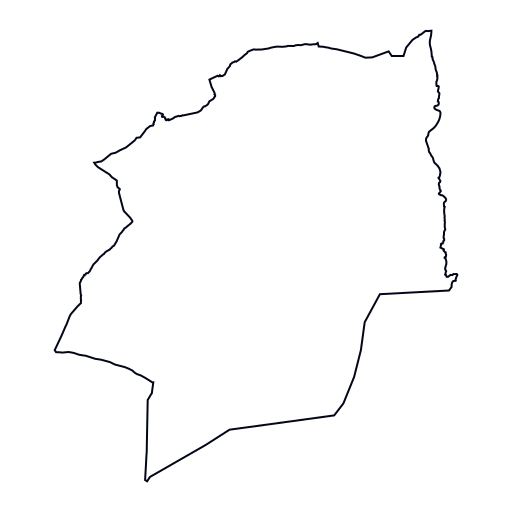 Rømskog nor, Østfold, Norway (Mercator projection)
{"feature_id": "86288312B9110433923998", "entity_name": "Rømskog nor", "entity_type": "district", "adm_level": 2, "iso_a3": "NOR", "parent_name": "Norway", "parent_adm1": "Østfold", "projection": "mercator", "projection_center": [11.789, 59.707], "detail": "fine", "context": "isolated", "style": "outline", "palette": "ink", "viewbox_px": 512, "rotation_deg": 0, "n_neighbors": 0, "source": "geoboundaries", "source_scale": "gbopen_adm2", "svg_char_len": 5936}
<svg xmlns="http://www.w3.org/2000/svg" viewBox="0 0 512 512"><path d="M431.4,30.7L427.9,31.1L425.9,30.9L425.2,31.2L420.8,34.6L420.0,34.9L419.8,34.7L419.3,34.8L418.6,35.7L418.3,36.6L416.2,37.4L412.5,39.9L406.2,47.5L403.5,56.0L391.8,56.0L388.6,51.4L372.2,57.4L365.3,57.7L361.7,56.2L353.9,53.5L336.9,49.3L331.2,48.5L328.2,47.6L325.7,47.3L323.7,46.8L318.7,46.5L317.7,43.0L316.0,44.2L313.2,44.3L310.6,44.7L305.1,44.1L300.8,45.2L298.2,45.0L295.7,45.3L293.8,46.0L287.9,45.9L286.5,46.4L282.6,46.8L277.1,46.6L273.8,47.1L270.4,47.8L268.9,48.4L261.7,49.5L255.7,49.6L253.6,49.4L249.4,51.0L247.8,51.8L246.8,53.4L244.7,54.9L242.5,57.0L238.5,60.1L236.1,61.7L235.0,61.3L233.9,62.1L232.3,62.6L231.5,63.5L230.9,63.8L230.2,64.6L230.1,65.4L229.8,66.2L227.3,69.0L224.9,74.4L222.5,76.0L221.9,75.9L220.9,76.2L220.3,75.5L219.9,75.2L219.1,76.3L218.8,76.4L217.7,75.7L209.4,79.6L211.6,87.0L212.6,88.9L212.9,89.8L213.5,90.7L214.6,93.1L214.7,93.8L214.5,94.4L215.2,95.0L215.0,95.5L215.1,96.4L214.5,96.8L214.1,97.9L213.0,99.1L209.4,101.3L208.1,104.0L207.1,105.0L205.1,106.3L203.9,106.5L203.4,106.9L202.1,108.6L200.9,110.4L197.8,112.3L196.7,112.6L183.4,115.4L182.3,115.3L181.2,116.1L180.3,115.9L179.5,116.2L178.3,115.9L177.4,116.3L174.9,117.0L173.3,118.3L168.9,120.3L168.5,120.2L168.8,119.8L168.5,119.2L167.1,119.5L166.4,120.1L166.1,119.7L165.7,119.8L165.4,119.1L165.3,118.4L165.0,118.2L164.8,117.3L163.4,116.7L162.2,116.9L162.0,116.6L161.9,116.1L162.5,115.7L163.0,114.7L162.5,114.2L162.4,113.9L160.6,113.5L159.5,112.8L158.4,112.8L157.5,112.6L157.3,112.7L154.8,117.4L155.1,118.0L154.9,119.2L155.0,119.8L155.0,120.4L154.0,121.5L154.0,122.4L153.7,122.7L153.4,123.5L153.7,124.1L153.7,124.4L153.1,125.1L153.0,125.5L150.2,126.0L146.1,129.2L145.3,130.6L140.1,137.4L136.5,137.8L135.5,139.4L134.6,140.5L126.1,147.4L119.9,150.3L115.7,152.7L111.1,153.8L104.3,159.4L101.4,161.4L97.7,162.0L95.8,162.6L94.2,162.7L95.3,164.5L97.9,167.1L107.0,172.9L108.4,173.7L109.6,174.6L111.9,177.2L116.8,180.5L116.9,185.3L117.7,187.4L119.7,188.9L119.8,189.6L119.1,190.6L118.9,191.8L119.0,193.0L123.5,210.2L124.1,211.3L129.9,217.4L132.2,220.6L132.4,221.7L130.1,224.1L129.1,224.8L125.6,227.7L124.2,228.6L123.8,229.4L121.6,232.4L119.6,234.4L116.6,241.3L114.0,245.7L112.5,246.5L111.4,248.0L110.4,248.7L109.7,249.6L106.7,251.2L105.0,252.5L104.4,253.3L104.0,254.0L103.1,254.4L99.7,257.4L97.4,260.5L93.5,264.4L92.3,266.4L91.5,268.1L90.9,268.9L90.1,270.6L89.5,271.5L88.0,273.1L86.2,273.3L85.7,273.9L85.5,274.5L84.9,274.7L84.7,275.1L84.4,274.9L84.1,275.0L84.1,275.4L83.6,276.0L83.2,277.1L82.5,277.7L81.5,279.5L81.0,279.9L81.0,280.4L80.5,281.9L80.0,282.4L79.8,283.1L79.8,284.3L80.7,294.4L81.2,295.4L80.8,296.9L80.9,297.5L80.8,298.6L81.0,299.3L80.9,299.8L81.1,300.5L80.9,301.0L81.0,303.0L77.3,306.6L70.7,314.3L69.5,316.7L66.5,324.5L65.3,326.9L61.8,335.1L54.7,350.2L56.1,352.2L59.9,352.3L62.2,352.6L68.7,352.0L70.9,352.4L74.0,353.0L79.3,354.8L85.9,355.8L95.2,358.8L101.1,359.7L110.0,362.1L114.8,364.5L124.8,367.1L129.0,368.8L132.3,370.5L135.1,373.0L137.0,374.1L140.7,375.4L145.6,378.1L152.2,382.3L153.3,382.3L151.8,393.4L151.2,394.1L147.7,400.0L146.7,452.2L146.3,457.4L146.1,462.3L145.1,480.0L147.1,481.3L150.0,476.9L205.6,445.0L229.5,429.7L334.2,415.4L343.4,403.4L354.1,377.0L360.9,350.1L364.7,322.2L379.9,294.2L449.0,290.5L451.6,286.9L451.6,284.7L452.1,282.7L452.8,281.5L453.3,281.1L454.6,280.8L455.2,280.9L455.8,280.6L455.6,279.8L455.6,279.4L455.9,278.7L456.1,277.6L457.2,275.4L457.3,274.6L456.7,274.0L454.8,274.1L453.6,274.0L452.3,275.1L451.1,274.9L450.5,274.9L448.2,276.7L446.9,276.9L446.5,276.6L446.4,276.0L445.7,274.6L445.3,274.8L445.1,274.5L445.7,273.2L445.7,272.1L446.2,271.1L445.3,269.6L445.1,268.4L445.5,267.1L445.5,266.7L446.3,264.1L446.4,261.7L445.9,259.7L445.5,258.7L444.7,258.0L444.6,257.4L444.9,257.1L445.8,256.9L445.9,256.1L446.1,255.5L446.1,254.5L445.6,253.5L445.7,252.4L445.0,252.1L443.7,250.7L443.5,250.2L443.9,249.7L443.9,249.3L440.4,247.6L441.0,245.1L440.9,244.1L441.5,243.5L442.6,243.6L443.2,242.4L443.4,241.1L443.7,240.6L444.1,240.4L444.2,239.4L444.1,238.7L443.7,238.2L443.6,236.4L444.0,234.3L444.0,232.1L444.6,230.5L445.2,229.8L445.1,228.3L444.8,227.6L444.7,224.4L444.9,222.2L444.8,221.1L444.5,220.4L444.7,220.0L444.7,218.7L444.5,217.6L444.7,216.3L444.2,212.9L444.1,210.3L444.3,208.4L444.7,206.9L444.2,206.8L444.0,206.3L444.1,206.0L443.8,203.9L443.9,203.1L444.2,202.4L445.7,201.0L446.0,200.4L446.1,199.7L446.0,199.0L445.7,198.4L444.9,197.4L443.3,195.9L441.8,195.1L441.2,195.3L439.0,194.2L438.8,193.7L439.1,193.2L440.3,191.9L440.8,191.1L440.8,190.7L440.1,190.0L439.7,188.7L439.4,187.2L439.5,186.7L438.8,184.4L439.0,182.9L440.0,182.2L440.4,181.0L440.3,180.7L439.5,179.6L439.1,178.6L438.6,178.2L438.5,177.7L439.4,177.0L439.9,175.6L440.1,174.9L440.0,174.4L440.5,172.6L440.3,171.9L440.3,171.1L439.8,169.7L439.5,168.4L438.1,166.5L437.8,165.8L437.0,165.2L436.2,164.3L434.4,162.7L433.5,160.3L433.0,158.2L432.2,156.7L431.3,155.7L430.0,153.0L429.3,152.3L428.7,150.3L428.8,148.7L428.6,148.4L426.0,140.8L426.0,139.8L426.1,138.8L426.4,137.9L427.8,136.0L428.2,135.2L428.5,133.1L428.8,132.3L429.2,131.6L433.3,128.4L434.8,126.9L436.1,125.3L438.2,121.8L439.1,119.9L439.7,118.0L440.2,116.0L440.5,113.0L440.4,112.4L439.8,111.2L439.2,110.8L436.4,109.8L435.4,109.2L434.6,108.5L434.4,108.0L434.3,107.5L434.4,106.9L435.1,106.0L437.3,105.6L437.9,105.3L438.7,104.2L438.8,103.5L438.7,102.2L437.8,101.5L438.1,100.5L438.1,99.5L438.5,98.7L439.0,98.0L438.9,96.6L439.3,94.7L439.4,93.2L438.0,91.6L437.9,91.1L438.2,89.6L438.4,89.0L438.8,86.8L438.6,86.3L438.2,86.0L436.7,86.0L436.4,85.1L436.4,84.4L436.5,84.0L436.3,82.8L436.4,82.2L436.4,81.8L436.9,80.7L437.2,79.6L437.4,78.4L437.3,76.6L437.1,76.3L437.5,75.8L437.0,74.9L437.2,74.5L436.7,72.1L436.3,71.3L435.6,69.1L435.3,66.3L434.2,63.5L434.2,63.0L433.7,61.6L432.6,59.2L432.6,58.0L432.4,57.0L432.2,56.6L431.8,56.6L431.5,52.2L431.0,49.2L430.1,45.7L429.8,44.0L429.8,42.3L429.9,40.6L431.0,35.5L431.3,33.1L431.4,30.7Z" fill="none" stroke="#020617" stroke-width="2"/></svg>